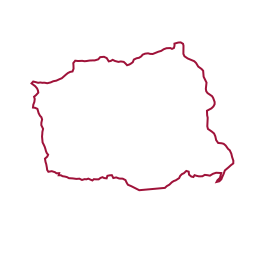 Palmital, São Paulo, Brazil, rotated 250°
{"feature_id": "56859067B2487555723980", "entity_name": "Palmital", "entity_type": "district", "adm_level": 2, "iso_a3": "BRA", "parent_name": "Brazil", "parent_adm1": "São Paulo", "projection": "albers", "projection_center": [-50.219, -22.821], "detail": "fine", "context": "isolated", "style": "outline", "palette": "rose", "viewbox_px": 256, "rotation_deg": 250, "n_neighbors": 0, "source": "geoboundaries", "source_scale": "gbopen_adm2", "svg_char_len": 2626}
<svg xmlns="http://www.w3.org/2000/svg" viewBox="0 0 256 256"><g transform="rotate(250 128 128)"><path d="M47.0,192.8L46.7,195.6L47.9,198.2L49.6,199.7L52.2,202.2L55.0,204.5L56.6,208.9L57.9,212.1L58.7,214.8L61.2,215.8L65.2,215.9L68.5,216.3L72.2,216.0L74.1,214.9L78.1,213.8L80.4,212.5L81.6,210.8L83.1,207.6L86.5,206.7L90.3,207.2L93.4,207.0L96.0,205.5L99.8,202.8L102.5,203.1L110.4,206.4L112.8,206.7L117.2,208.1L117.9,213.1L119.0,215.6L120.7,217.5L122.8,218.3L127.1,218.3L129.1,217.9L131.1,216.5L133.6,214.7L135.7,214.1L138.1,214.5L143.8,217.3L150.3,216.6L156.1,218.2L158.3,217.3L161.7,215.0L165.8,214.2L168.1,213.1L172.9,207.9L176.1,205.6L178.7,205.4L186.4,208.3L188.3,208.5L190.4,206.8L191.1,204.5L191.4,200.5L189.3,199.8L187.5,198.5L187.3,196.4L188.6,195.2L189.8,191.5L189.8,188.5L189.1,185.6L189.3,182.4L189.2,179.9L189.1,176.5L190.1,174.1L191.3,172.4L192.0,169.5L191.9,166.8L190.8,165.0L190.2,162.4L190.6,159.9L190.3,156.9L188.2,155.0L187.6,153.0L187.2,151.0L187.3,148.6L189.7,147.6L191.6,146.6L193.0,144.0L193.4,141.6L195.5,138.6L197.3,136.9L196.9,134.7L197.2,132.7L201.0,131.9L203.1,129.8L204.1,126.1L202.7,123.5L202.9,119.9L203.8,117.3L204.5,115.1L205.1,112.0L205.6,110.0L206.8,107.9L208.0,104.0L209.3,101.4L207.7,98.8L205.3,98.1L202.3,97.1L200.1,95.2L200.5,92.8L200.2,90.3L199.5,88.2L198.4,85.4L197.4,82.8L197.3,80.3L197.0,76.8L197.5,73.8L197.3,70.9L197.7,67.4L199.1,65.1L199.8,62.9L200.8,61.1L201.2,59.0L202.5,57.2L204.1,54.8L202.9,52.6L199.0,55.1L196.3,56.1L194.0,56.2L191.9,55.8L190.3,52.7L189.5,50.4L187.2,50.3L184.5,48.9L182.3,47.0L179.7,45.7L178.8,47.5L177.0,49.4L172.4,49.1L169.6,49.5L167.8,50.3L165.4,50.2L162.6,48.4L160.3,47.5L158.4,47.7L156.2,47.9L153.6,46.2L151.7,45.4L149.4,44.3L146.3,43.5L143.6,42.8L141.2,43.1L138.7,43.3L136.4,43.2L134.3,43.0L132.2,43.1L130.2,43.8L128.7,42.3L127.6,39.5L124.4,38.9L122.0,38.8L118.5,38.2L116.3,37.7L114.1,38.2L113.5,41.6L111.5,44.2L109.9,45.3L109.1,47.9L107.3,46.7L106.5,48.8L105.1,50.0L104.0,52.0L102.8,53.8L101.0,55.4L99.6,58.7L97.8,62.1L97.0,65.0L94.9,67.0L94.8,69.7L94.0,71.4L94.0,73.4L92.3,75.1L90.9,76.6L91.6,78.4L90.6,80.6L89.8,82.9L90.5,85.1L90.5,87.2L89.1,88.5L88.0,90.7L90.1,92.3L89.8,94.5L89.2,96.7L86.0,97.1L85.6,100.0L83.5,102.5L82.2,105.7L79.9,107.8L77.3,108.0L74.7,108.5L72.2,111.2L65.7,117.3L59.1,142.2L60.1,144.5L60.6,147.5L62.0,150.6L62.5,152.8L62.5,154.9L63.4,158.9L65.2,160.7L66.2,162.9L66.4,165.1L67.7,168.1L66.2,170.1L63.3,169.4L60.7,170.9L59.6,172.7L60.9,174.4L59.6,176.1L58.3,178.1L57.2,181.4L57.7,184.1L56.5,186.5L55.2,188.7L55.9,192.1L55.8,195.5L53.8,200.2L49.7,197.4L48.3,194.2L47.0,192.8Z" fill="none" stroke="#9f1239" stroke-width="2"/></g></svg>